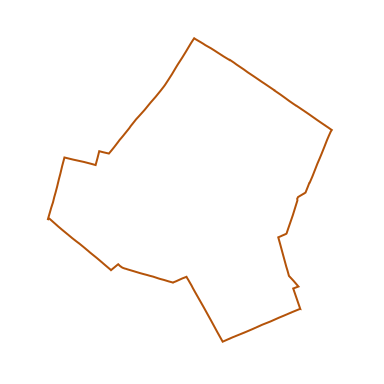 Iecea Mare, Timis, Romania, rotated 173°
{"feature_id": "2599482B39316750962631", "entity_name": "Iecea Mare", "entity_type": "district", "adm_level": 2, "iso_a3": "ROU", "parent_name": "Romania", "parent_adm1": "Timis", "projection": "albers", "projection_center": [20.888, 45.853], "detail": "fine", "context": "isolated", "style": "outline", "palette": "amber", "viewbox_px": 384, "rotation_deg": 173, "n_neighbors": 0, "source": "geoboundaries", "source_scale": "gbopen_adm2", "svg_char_len": 2526}
<svg xmlns="http://www.w3.org/2000/svg" viewBox="0 0 384 384"><g transform="rotate(173 192 192)"><path d="M331.3,198.5L331.8,197.5L333.8,193.2L334.8,190.8L338.3,182.6L338.1,182.5L337.5,183.7L334.8,180.7L329.0,174.1L325.3,170.1L321.3,165.9L317.8,162.2L316.5,160.8L313.1,157.4L309.7,154.1L307.3,151.6L303.0,147.0L302.5,146.5L300.9,144.7L298.5,142.2L294.7,138.3L292.2,135.6L287.2,130.1L282.1,124.6L281.9,124.3L274.1,129.3L273.3,128.4L272.9,127.8L272.1,127.0L271.4,126.4L271.1,126.0L270.5,125.6L269.8,125.1L269.4,124.9L268.0,124.2L266.9,123.8L265.9,123.3L264.8,122.8L259.5,120.5L255.9,118.9L253.4,117.8L249.5,116.2L246.7,115.1L243.9,113.9L240.8,112.7L240.0,112.3L238.1,111.4L235.8,110.3L234.0,109.5L230.7,108.2L226.0,106.1L225.0,105.7L222.3,104.6L222.0,104.4L221.9,104.5L218.8,105.3L216.3,106.1L211.8,107.5L210.9,107.7L207.8,108.5L207.1,106.7L206.5,105.5L205.2,102.4L203.8,99.1L202.9,96.6L201.2,92.4L194.2,75.6L189.0,62.7L183.8,49.5L179.8,39.7L169.5,42.8L155.4,46.6L148.5,48.6L138.5,51.7L130.0,53.9L121.2,56.6L115.8,58.1L107.2,60.6L99.1,62.8L98.8,62.7L100.6,71.2L103.3,83.9L97.9,85.2L101.8,91.1L103.8,93.9L106.0,96.9L106.8,102.4L107.5,106.3L109.1,117.3L110.9,129.9L111.9,136.5L103.6,139.0L103.4,139.1L103.0,139.7L101.2,143.5L94.7,156.8L88.4,170.8L88.4,172.5L87.3,174.1L80.0,177.3L79.4,177.6L76.1,183.6L74.4,186.8L74.1,186.8L70.7,192.6L68.9,195.9L64.1,204.8L61.0,210.1L58.9,213.8L55.1,220.7L51.6,227.2L49.4,231.0L46.9,235.1L45.7,236.5L47.3,237.9L49.4,239.8L49.9,240.2L55.5,245.1L58.9,248.1L66.4,254.9L68.1,256.4L75.9,263.2L77.1,264.2L77.8,264.9L78.1,264.9L78.5,265.3L80.8,267.3L84.4,270.5L88.2,274.1L92.3,277.9L97.9,282.8L97.8,283.0L98.5,283.5L100.1,284.9L107.1,291.0L108.9,292.5L116.5,299.2L122.2,304.1L125.6,307.3L130.1,311.2L132.3,313.1L134.5,315.2L138.3,318.5L138.5,318.3L144.1,322.7L148.9,326.7L152.7,329.9L154.3,331.2L155.5,332.2L160.4,335.8L160.7,336.0L162.8,337.8L165.2,339.7L166.4,340.6L170.2,343.5L171.1,344.3L172.5,342.7L175.0,339.7L177.8,336.1L180.9,332.1L185.3,326.6L190.5,320.4L192.8,317.5L197.5,311.4L202.4,305.5L205.7,301.6L207.1,300.1L207.9,299.3L211.1,296.1L216.5,290.9L222.0,286.0L224.0,284.1L226.8,281.4L229.2,279.1L235.3,273.8L238.7,270.9L240.6,269.0L244.7,265.0L245.6,264.0L246.0,263.5L247.7,261.8L254.0,255.7L257.7,252.3L258.9,251.0L263.8,246.0L267.0,242.9L269.8,240.3L275.6,242.4L279.1,243.8L281.9,236.6L284.4,230.5L288.5,232.2L295.6,235.0L305.9,238.6L314.4,241.8L317.7,233.6L320.4,226.3L322.6,220.8L325.2,213.8L327.4,208.3L329.3,203.8L331.3,198.5Z" fill="none" stroke="#b45309" stroke-width="2"/></g></svg>